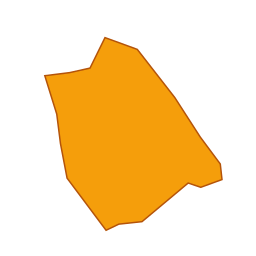 the border of Szombathely, rotated 160°
{"feature_id": "HUN-4903", "entity_name": "Szombathely", "entity_type": "Urban county", "adm_level": 1, "iso_a3": "HUN", "parent_name": "Hungary", "parent_adm1": "", "projection": "mercator", "projection_center": [16.615, 47.219], "detail": "fine", "context": "isolated", "style": "filled", "palette": "amber", "viewbox_px": 256, "rotation_deg": 160, "n_neighbors": 0, "source": "natural_earth", "source_scale": "10m", "svg_char_len": 371}
<svg xmlns="http://www.w3.org/2000/svg" viewBox="0 0 256 256"><g transform="rotate(160 128 128)"><path d="M146.9,35.2L169.5,40.8L183.6,39.4L202.4,101.7L196.8,136.4L190.2,165.4L188.3,205.6L163.9,200.0L143.2,197.3L118.7,220.8L92.4,198.7L73.6,140.5L63.2,94.8L53.6,62.6L57.3,47.4L79.9,47.4L90.3,55.7L146.9,35.2Z" fill="#f59e0b" stroke="#b45309" stroke-width="1.5"/></g></svg>